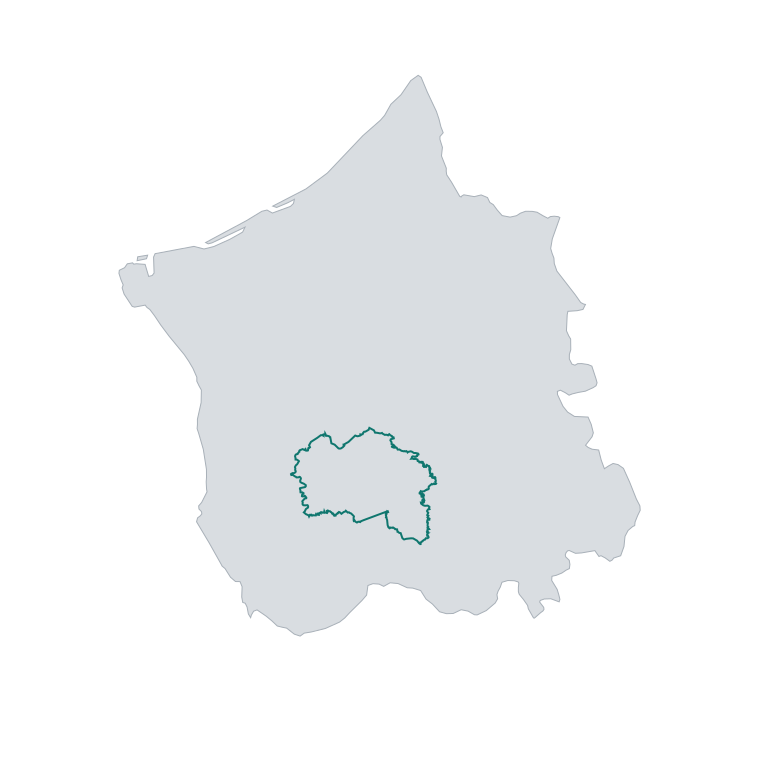 location of Hambol, Vallée du Bandama, Ivory Coast, rotated 158°
{"feature_id": "98640826B80955316471767", "entity_name": "Hambol", "entity_type": "district", "adm_level": 2, "iso_a3": "CIV", "parent_name": "Ivory Coast", "parent_adm1": "Vallée du Bandama", "projection": "natural_earth1", "projection_center": [-4.861, 8.622], "detail": "fine", "context": "in_parent", "style": "outline", "palette": "teal", "viewbox_px": 768, "rotation_deg": 158, "n_neighbors": 0, "source": "geoboundaries", "source_scale": "gbopen_adm2", "svg_char_len": 9733}
<svg xmlns="http://www.w3.org/2000/svg" viewBox="0 0 768 768"><g transform="rotate(158 384 384)"><path d="M204.6,158.8L206.8,158.7L212.5,156.8L217.6,152.5L222.4,143.4L228.9,136.1L236.2,136.6L238.4,135.3L241.0,135.0L244.0,139.8L247.1,143.5L249.3,143.6L250.9,150.5L264.2,153.4L269.9,155.3L274.7,160.3L276.4,160.5L278.4,159.4L280.0,157.6L280.3,155.7L278.3,151.2L279.2,147.1L281.3,143.4L284.8,143.2L289.9,142.1L295.9,142.1L300.3,142.8L302.1,139.1L300.4,128.8L300.9,123.1L301.6,118.4L303.2,116.4L309.8,122.4L315.9,124.6L320.2,124.8L321.4,123.6L319.6,117.1L320.1,115.1L321.7,114.0L324.5,113.3L332.2,110.6L333.0,111.1L334.4,121.5L333.8,124.9L335.4,131.9L337.4,138.4L337.2,141.1L335.6,145.1L333.6,148.8L333.8,150.3L336.9,152.8L342.8,155.4L348.9,156.0L352.2,152.2L355.8,149.2L358.2,146.4L359.1,142.3L362.9,139.3L374.0,135.6L384.1,135.0L386.6,136.2L391.1,141.9L397.0,145.8L405.8,145.3L412.2,147.7L417.8,152.0L421.5,161.8L425.6,168.8L427.4,178.8L433.8,184.0L438.8,186.4L445.7,193.7L452.8,197.4L460.1,196.5L463.5,200.3L469.0,203.0L474.4,203.2L479.2,194.8L485.6,191.5L501.6,184.8L508.0,181.8L514.4,179.9L529.8,179.3L544.2,181.3L551.3,182.9L556.2,181.7L560.9,185.7L565.7,194.1L569.6,196.7L573.6,199.6L576.6,206.2L580.1,212.7L582.0,215.6L586.3,222.1L590.0,222.2L593.6,219.4L595.2,217.3L595.9,221.6L594.5,228.5L594.8,232.7L596.8,234.4L595.7,239.8L591.5,249.2L591.5,254.7L595.7,256.5L598.7,262.3L600.5,272.4L602.3,275.7L602.5,277.8L605.6,302.1L609.4,326.5L607.0,329.7L603.7,330.6L601.6,331.8L601.0,334.0L602.4,337.4L601.5,340.4L597.4,342.5L588.5,350.3L587.8,353.3L585.5,359.9L583.5,364.0L580.6,371.4L576.0,391.2L574.3,407.6L574.0,412.6L572.2,416.2L570.2,421.2L560.5,435.3L555.6,446.8L556.2,451.7L556.5,456.7L555.0,460.4L555.3,470.1L556.5,478.2L558.2,486.1L565.3,508.7L568.9,522.3L571.2,533.3L573.2,540.8L575.1,543.8L575.9,546.6L586.4,548.7L588.4,550.3L591.3,564.7L590.8,571.2L588.7,573.6L588.8,579.1L588.3,585.9L586.8,588.6L581.0,589.0L577.0,591.6L571.7,590.5L571.2,588.9L568.4,588.2L560.7,584.4L561.9,571.9L558.3,571.4L555.6,573.0L550.1,588.0L547.4,590.6L508.7,582.8L500.3,576.6L490.2,575.2L472.7,575.9L458.2,577.8L454.1,581.5L490.6,579.3L494.5,579.8L496.4,582.0L450.2,587.0L432.5,589.9L427.3,589.1L423.4,584.3L404.2,583.7L400.3,585.3L397.9,588.8L405.5,588.1L417.4,587.9L420.5,590.6L383.3,594.1L357.5,600.8L346.5,605.8L310.5,622.2L288.5,629.9L282.8,632.8L272.8,640.8L259.9,645.8L245.5,655.3L236.7,657.4L234.7,654.4L234.5,638.4L233.3,617.1L233.8,608.9L234.9,601.2L235.0,594.8L239.4,592.5L240.5,589.8L241.2,581.5L245.3,573.9L245.4,560.8L246.6,558.0L247.5,554.5L245.8,545.9L243.5,529.6L242.4,528.5L241.4,529.2L239.1,529.5L230.1,523.9L223.1,522.9L218.2,518.1L217.9,512.7L215.5,509.4L213.9,503.1L211.4,495.9L204.6,491.5L198.1,490.4L193.5,491.3L188.1,491.1L182.0,488.6L177.7,485.9L173.7,480.6L170.0,476.3L167.0,476.9L163.3,475.8L159.8,473.9L158.6,472.4L173.6,455.5L178.7,447.2L179.2,442.2L179.3,437.1L181.0,431.9L181.4,423.9L173.2,394.9L171.1,385.9L168.9,383.3L167.4,382.3L171.6,378.6L177.4,379.6L186.3,382.5L188.2,379.6L194.9,365.0L194.7,359.5L194.1,355.8L198.0,345.8L201.1,341.9L202.8,337.7L202.3,332.0L199.9,329.9L196.8,330.3L193.1,328.9L187.5,325.6L184.6,322.7L185.5,309.4L186.0,305.3L188.0,303.0L191.2,302.3L199.9,301.9L207.0,303.4L213.2,304.3L216.6,304.3L219.3,308.2L222.8,312.2L226.0,312.2L227.1,309.2L226.4,296.2L224.3,289.2L219.6,282.6L207.2,276.9L207.0,269.0L208.2,260.3L210.9,257.1L220.1,251.7L218.5,248.7L215.5,245.6L209.7,242.4L211.1,232.1L211.4,222.9L206.5,223.9L201.4,224.5L197.2,221.6L193.6,216.1L193.0,200.7L193.1,182.9L192.4,175.1L193.8,170.9L198.1,167.0L202.9,162.0L204.6,158.8ZM566.7,590.8L564.7,594.2L554.9,592.0L557.3,589.1L566.7,590.8Z" fill="#d9dde1" stroke="#a8b0b8" stroke-width="1"/><path d="M395.1,331.0L396.0,331.7L396.4,332.3L396.2,332.8L397.4,334.2L397.9,335.5L398.7,335.4L399.5,334.9L399.9,335.4L401.0,336.2L402.3,336.5L403.9,338.5L404.2,339.4L405.1,339.4L406.3,339.8L408.9,341.5L410.5,342.2L410.7,344.8L414.0,348.8L415.4,347.3L419.1,346.8L420.3,347.2L421.6,346.6L421.8,346.1L422.7,345.4L423.5,345.7L424.2,345.4L424.8,346.1L425.4,345.1L427.4,345.3L428.4,345.6L430.0,347.0L438.6,343.6L443.9,342.9L444.2,343.0L444.5,342.1L444.1,341.6L445.9,340.8L448.2,340.4L449.3,340.7L450.3,341.3L452.5,346.3L455.0,348.7L453.8,354.7L454.1,354.8L454.3,355.9L455.1,356.6L456.0,357.3L456.6,357.4L457.4,357.9L457.0,358.9L457.1,360.0L457.4,359.4L458.1,359.3L458.8,359.9L459.5,359.9L459.9,359.6L459.9,359.1L460.4,359.7L461.8,360.2L465.9,359.1L473.4,357.7L476.4,355.3L476.3,353.1L477.5,352.7L478.0,353.0L478.2,352.9L479.4,350.9L480.3,351.0L481.3,351.5L481.2,353.1L482.5,352.6L483.8,354.1L487.0,354.1L487.7,353.6L487.8,352.9L488.6,352.7L489.2,352.2L490.0,352.0L490.4,351.4L491.6,351.7L492.4,351.5L493.2,350.8L493.6,350.1L493.7,348.9L494.3,347.1L493.3,346.7L491.9,344.8L491.8,344.3L494.6,342.1L496.2,341.6L497.4,340.6L497.7,340.3L497.8,339.0L498.6,337.6L498.5,336.2L498.8,335.7L499.3,335.3L500.6,335.1L501.3,335.2L502.0,335.6L503.6,335.5L504.0,335.3L504.0,334.3L502.6,333.9L501.2,331.7L500.4,330.9L500.2,330.2L498.3,329.5L497.2,329.6L496.6,329.0L496.4,328.0L496.5,327.4L498.0,325.7L498.3,324.6L497.6,323.4L495.7,321.6L494.4,319.5L494.9,318.4L495.9,318.0L500.3,318.8L501.0,318.8L501.2,318.4L501.4,316.4L501.9,315.3L502.0,314.8L500.3,314.1L499.5,312.9L499.9,312.4L501.3,312.1L502.1,310.7L501.9,310.4L500.4,309.9L499.4,310.1L499.0,309.4L498.6,307.7L498.9,307.2L500.4,307.5L503.5,306.0L503.7,305.8L503.8,304.3L504.5,303.3L504.5,302.5L504.1,301.8L502.8,301.1L500.3,300.3L500.1,299.3L500.4,298.4L500.8,297.9L503.3,297.3L505.1,295.6L506.4,295.0L505.1,292.5L503.1,290.5L503.1,289.3L502.2,290.1L501.2,289.8L501.2,290.3L500.9,290.2L500.8,289.9L500.4,289.9L500.5,289.2L500.2,289.0L499.7,288.8L498.9,289.0L498.7,288.7L496.4,287.7L495.7,288.8L495.3,288.2L494.6,288.2L494.4,287.6L493.5,287.1L493.4,287.5L493.6,287.7L493.6,288.4L492.8,287.9L492.4,288.1L492.4,288.5L492.1,288.5L491.2,287.8L491.0,288.7L490.7,288.8L489.8,288.5L489.0,287.6L488.7,287.7L487.8,287.1L487.1,288.2L487.1,287.2L485.1,285.7L484.7,286.0L485.0,286.6L484.5,286.6L484.5,287.2L484.1,287.5L484.2,287.8L483.5,287.8L482.7,286.7L481.7,286.2L481.4,285.3L480.9,284.9L480.6,283.3L479.9,283.3L479.7,282.8L480.1,282.6L480.0,282.1L479.4,281.6L479.6,280.7L479.1,280.3L478.8,280.3L478.6,280.7L478.1,280.2L477.3,281.0L476.8,281.2L475.6,281.2L475.3,281.3L475.1,281.9L474.2,281.8L473.7,282.2L473.1,281.7L472.1,279.6L469.3,280.4L467.7,280.3L466.9,280.8L465.8,278.4L464.6,278.2L464.1,277.3L463.0,276.3L461.6,273.1L461.5,272.4L462.3,271.4L463.3,268.6L463.3,268.4L462.4,268.6L462.2,267.3L461.1,265.8L460.5,265.7L459.7,266.0L458.2,265.5L458.2,265.2L457.8,264.9L456.7,265.4L454.0,265.4L428.2,264.7L428.2,263.7L428.9,263.7L429.1,264.4L429.9,263.4L430.5,263.2L430.3,262.9L430.6,262.2L431.4,261.9L431.5,260.4L432.1,259.7L431.7,259.2L432.0,258.4L432.0,256.9L433.5,251.8L433.6,249.5L432.9,248.1L432.6,248.1L432.2,248.7L429.9,247.4L429.4,247.6L428.7,246.7L428.3,245.7L427.9,245.5L427.9,245.1L426.3,244.3L426.7,243.0L426.5,242.4L426.8,241.9L426.1,241.3L426.0,240.8L425.4,240.1L424.4,239.5L424.7,234.3L423.9,232.6L423.4,232.3L421.3,232.1L416.7,230.8L414.8,229.9L412.0,226.3L411.1,223.1L410.6,222.6L410.4,222.0L410.1,221.9L409.6,223.4L408.9,223.2L408.2,223.7L407.2,223.7L406.9,224.1L404.6,224.6L404.2,224.4L403.0,225.3L401.4,224.7L400.2,225.0L400.0,225.7L400.1,226.7L400.8,227.1L400.5,228.1L399.8,228.5L399.6,229.2L399.0,229.3L399.7,229.8L399.7,230.1L398.7,230.5L399.2,231.4L398.4,231.9L398.3,232.6L397.8,233.0L396.5,232.6L396.6,233.1L397.5,234.4L396.5,235.1L396.8,235.9L396.5,236.8L395.4,238.6L395.8,239.2L395.4,239.5L395.6,240.0L395.4,240.6L394.9,240.9L394.8,241.5L394.1,241.9L392.8,241.2L392.5,241.7L393.7,242.1L393.8,242.4L393.7,242.7L392.8,242.8L393.6,243.8L393.7,244.1L392.2,245.2L393.0,246.3L391.2,248.0L391.7,249.5L391.7,250.1L390.3,251.2L388.7,250.9L388.7,252.2L387.9,252.9L388.3,253.9L389.1,254.9L391.6,255.7L393.0,256.8L394.4,259.2L394.2,260.2L392.8,259.3L391.9,259.1L391.1,259.5L390.9,259.9L391.0,260.2L391.7,260.0L392.3,260.8L392.3,261.4L391.7,262.2L390.7,261.1L390.2,261.1L390.1,263.6L389.7,264.5L391.4,265.4L391.0,267.3L388.7,266.1L388.6,266.7L389.6,268.0L391.3,268.5L392.0,269.1L391.9,269.6L390.0,270.9L389.1,269.8L388.1,269.9L387.0,269.5L384.8,270.0L384.1,269.8L383.5,270.2L383.0,269.9L382.2,269.8L381.6,270.3L381.3,271.6L380.8,272.2L377.3,273.4L377.1,273.0L376.4,272.7L375.3,273.0L374.6,272.2L373.4,271.9L373.1,272.1L373.3,272.3L373.1,273.0L373.2,273.9L373.1,274.2L372.4,274.5L372.1,275.2L372.1,276.1L371.4,278.0L371.5,278.5L372.0,278.7L372.7,277.8L373.6,278.7L374.3,278.9L374.4,279.1L373.8,279.5L373.5,280.3L374.7,280.8L375.7,281.5L375.3,281.8L374.0,281.8L372.8,282.3L373.1,282.9L374.0,283.0L374.9,283.7L374.9,283.9L374.6,284.5L374.6,285.0L374.2,285.3L374.3,286.3L373.8,286.6L374.1,287.3L373.9,288.1L372.7,288.0L372.7,289.1L373.3,290.1L373.3,290.4L372.9,290.5L372.9,291.0L373.8,291.6L374.6,293.0L375.1,292.8L375.2,292.2L376.0,291.4L376.5,291.9L376.9,291.7L378.0,292.1L378.0,292.6L378.5,293.4L378.2,293.8L377.4,293.3L377.1,294.0L377.7,295.2L377.2,295.5L378.0,296.3L377.4,296.5L377.2,297.0L377.3,297.3L378.8,298.0L379.3,297.9L379.3,297.4L380.6,298.1L380.4,299.0L381.6,300.0L381.2,301.4L382.6,302.6L384.7,303.4L385.6,304.2L386.7,304.5L386.0,305.0L385.5,305.8L384.7,306.2L383.4,305.6L383.0,305.1L381.6,304.6L381.1,305.0L380.3,304.8L380.0,305.5L378.4,305.7L378.3,306.3L378.5,306.8L380.4,308.1L382.1,308.8L383.5,310.8L384.5,311.6L386.9,312.0L387.8,311.7L388.0,312.8L388.5,313.5L389.6,313.5L390.3,314.2L390.9,314.2L392.8,315.5L394.2,317.5L395.9,318.1L396.1,320.2L396.3,320.5L396.9,320.8L397.5,320.7L399.0,321.5L400.2,322.8L400.1,323.1L399.4,323.1L398.1,322.2L397.4,322.4L398.0,324.1L399.5,325.5L398.8,327.2L399.2,329.3L398.5,330.2L395.3,329.9L395.1,331.0Z" fill="none" stroke="#0f766e" stroke-width="2"/></g></svg>